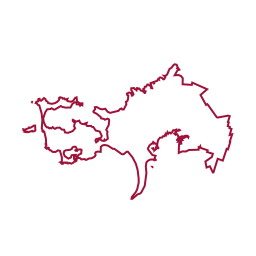 the district of Clarence, Tasmania, Australia, rotated 98°
{"feature_id": "25037944B57151940201314", "entity_name": "Clarence", "entity_type": "district", "adm_level": 2, "iso_a3": "AUS", "parent_name": "Australia", "parent_adm1": "Tasmania", "projection": "natural_earth1", "projection_center": [147.457, -42.874], "detail": "fine", "context": "isolated", "style": "outline", "palette": "rose", "viewbox_px": 256, "rotation_deg": 98, "n_neighbors": 0, "source": "geoboundaries", "source_scale": "gbopen_adm2", "svg_char_len": 5928}
<svg xmlns="http://www.w3.org/2000/svg" viewBox="0 0 256 256"><g transform="rotate(98 128 128)"><path d="M63.1,85.3L61.7,86.7L61.7,86.9L61.9,87.4L61.9,87.6L61.0,87.3L58.6,88.6L58.4,90.6L59.2,91.6L62.4,93.4L63.7,95.1L69.6,96.7L71.3,98.4L71.3,99.5L72.4,98.1L74.6,99.0L74.9,99.8L73.6,101.4L73.5,103.3L75.0,104.6L75.8,104.2L75.6,105.1L77.3,105.8L78.8,108.9L80.9,108.0L79.3,109.7L80.4,111.9L84.9,109.9L85.9,108.8L84.9,110.0L85.2,110.6L83.7,111.1L82.1,114.0L82.3,114.9L84.4,115.7L84.8,117.1L86.5,117.3L87.3,118.3L89.3,116.6L89.3,115.7L90.8,115.9L91.0,116.5L89.3,118.5L89.1,120.6L87.4,122.2L87.9,123.6L87.2,124.0L87.3,124.7L89.4,124.8L88.6,125.9L88.6,126.9L87.6,127.5L88.2,130.3L89.7,130.2L92.5,128.0L93.3,128.4L93.8,127.3L95.0,127.9L94.7,128.6L95.2,128.5L95.3,128.6L92.9,130.0L92.7,131.8L94.1,133.9L95.5,133.3L95.8,132.2L99.2,132.0L101.4,132.4L102.4,133.7L104.7,132.9L110.2,134.8L110.5,136.4L109.6,137.1L110.3,138.5L112.3,139.8L115.5,147.8L114.8,150.4L112.1,153.2L113.1,156.0L112.9,158.6L111.6,161.8L112.0,163.7L113.9,163.1L116.2,164.6L117.2,164.2L118.2,161.1L120.0,158.1L121.0,156.5L122.2,156.0L122.4,153.0L123.0,152.1L121.6,149.4L122.0,148.2L122.9,147.7L127.7,147.5L132.7,149.3L134.8,147.7L136.4,147.9L141.4,146.5L143.5,148.5L143.6,149.2L143.0,149.7L144.1,150.0L144.2,152.0L143.4,153.3L143.5,155.0L144.2,156.1L145.2,156.0L146.6,157.5L145.1,158.5L143.6,158.2L141.6,153.7L140.5,153.0L139.5,152.9L135.4,155.5L135.0,159.6L131.8,162.5L131.9,163.8L131.1,164.8L131.7,168.8L130.5,170.0L128.7,169.6L129.5,171.3L130.4,171.8L130.2,174.7L129.5,176.1L127.5,177.3L128.9,180.3L127.2,184.6L127.7,183.8L128.9,183.5L130.3,181.3L133.6,181.7L135.6,180.3L138.8,182.4L141.1,186.6L141.2,189.7L138.6,191.0L138.7,193.4L137.1,195.7L137.8,198.9L138.7,199.6L139.0,200.7L137.6,202.7L139.1,204.0L138.8,205.2L139.3,206.0L138.4,207.4L138.7,208.4L137.1,210.2L133.6,212.4L130.1,213.3L123.9,212.1L120.8,210.7L120.0,207.5L119.1,206.5L120.1,204.0L119.8,202.9L115.6,197.6L116.3,195.7L116.5,192.7L115.7,187.8L111.8,186.4L109.8,184.2L110.0,182.8L111.7,182.2L111.5,179.2L112.6,178.5L111.6,177.7L111.9,176.4L109.9,176.6L110.3,178.9L108.8,182.1L104.8,183.2L105.4,184.4L108.5,186.0L109.9,187.9L109.8,191.6L108.9,192.4L107.6,192.0L108.5,194.2L107.5,195.2L108.1,196.4L107.3,197.2L107.0,199.6L108.0,200.5L108.5,199.9L110.2,200.4L111.7,201.5L113.5,203.7L114.7,206.9L114.4,210.6L113.2,211.3L112.3,213.2L110.9,213.7L110.0,215.4L113.0,217.6L113.0,219.0L111.4,219.6L111.7,220.7L114.2,220.8L114.7,222.4L116.1,222.8L116.1,222.0L117.8,220.2L117.9,219.0L125.5,215.6L132.0,213.9L140.5,213.3L142.0,212.2L142.7,212.4L142.8,211.3L143.6,211.3L143.5,210.3L150.4,207.7L155.0,206.9L155.4,207.4L156.4,206.4L158.9,207.2L159.9,205.5L158.6,204.7L158.7,203.7L160.0,203.4L160.9,202.3L160.8,201.5L162.2,199.3L161.8,196.4L159.9,194.3L160.1,192.2L166.3,189.4L170.5,188.8L171.3,190.1L171.6,189.0L172.1,189.3L172.7,188.7L172.5,187.5L171.0,186.6L171.3,185.3L170.9,185.1L170.7,183.3L171.4,183.2L171.5,182.4L170.7,181.0L171.2,179.2L170.1,177.5L168.6,176.5L168.7,175.8L167.7,174.5L167.0,174.5L167.0,176.4L166.0,177.2L163.6,177.5L163.1,177.0L163.0,175.8L161.8,175.9L162.8,180.0L165.2,180.5L166.6,182.8L164.7,186.7L162.2,188.2L159.7,187.9L158.7,186.4L157.6,182.2L156.6,180.8L154.8,180.2L154.0,178.8L153.9,177.3L155.2,176.1L156.4,175.9L157.4,177.1L157.8,176.7L157.8,175.3L156.5,174.7L155.8,172.5L156.0,171.1L156.6,170.8L157.1,170.7L156.4,171.0L159.8,170.8L161.7,173.5L164.0,174.0L165.8,176.0L166.4,175.8L164.5,173.3L164.6,171.1L165.6,169.9L164.8,166.7L165.5,165.1L163.6,162.3L163.0,159.7L160.8,156.9L159.3,156.3L157.5,157.0L156.3,156.4L155.6,154.9L155.4,151.7L150.5,152.3L148.9,151.0L148.1,149.1L148.2,145.6L150.7,140.1L150.5,138.7L154.8,130.4L154.6,128.7L151.7,126.0L151.5,124.8L156.5,119.4L162.4,115.2L168.3,112.6L176.6,110.4L180.7,109.8L187.6,110.4L190.9,111.6L195.6,114.5L197.6,114.7L197.5,113.8L192.4,109.3L191.3,107.0L190.0,105.9L183.0,103.4L170.0,103.5L163.7,105.0L159.5,105.0L157.7,103.8L156.2,101.6L155.7,99.2L156.3,97.1L155.7,96.1L154.2,97.5L151.7,96.8L151.3,100.2L146.5,105.0L145.3,105.4L142.3,104.3L140.2,102.4L139.7,100.2L139.1,100.1L138.6,101.2L138.3,101.1L139.0,100.0L139.8,100.0L139.5,98.5L140.8,97.0L145.9,98.1L143.4,95.8L143.8,95.2L144.1,94.4L143.3,95.6L141.8,96.4L142.6,96.2L140.0,96.8L135.8,96.5L133.1,95.0L132.7,92.9L131.2,92.1L131.1,90.7L129.8,90.4L130.0,89.4L128.1,89.8L128.0,88.4L127.0,88.3L128.2,87.5L126.8,86.6L127.4,84.9L126.5,84.7L126.3,83.8L123.9,82.9L123.8,81.5L123.0,80.2L124.2,80.3L123.5,79.6L123.5,78.0L122.5,77.2L122.9,76.4L123.6,77.4L124.1,79.4L126.1,79.9L127.1,81.3L128.1,79.9L127.4,78.5L128.5,77.4L131.2,76.6L132.7,77.8L132.4,78.3L133.0,77.9L132.3,76.5L129.6,75.1L128.6,73.3L128.7,71.8L127.8,70.5L127.4,68.1L128.2,66.9L129.1,67.0L128.3,68.0L129.1,71.0L129.7,71.9L129.6,71.0L129.6,70.9L129.8,70.8L130.9,73.3L132.0,73.1L132.5,72.3L133.3,73.5L135.5,74.3L135.7,73.8L135.0,73.4L136.0,73.0L137.0,75.2L145.6,74.3L143.6,70.9L143.2,67.4L141.3,64.6L139.7,55.1L137.2,55.3L137.5,54.4L136.1,53.9L137.6,53.2L139.0,46.0L140.8,46.3L141.7,40.4L145.0,40.9L150.4,46.7L156.2,44.7L154.5,41.6L160.2,37.8L160.1,37.2L146.0,34.9L147.1,29.6L134.9,27.4L135.3,26.0L127.5,24.8L127.3,25.3L119.7,24.0L120.7,26.3L114.5,25.4L114.1,27.4L112.8,27.3L112.2,29.5L108.5,29.0L108.3,29.9L102.1,28.9L101.8,30.4L105.2,40.8L104.9,41.7L93.7,52.3L93.3,52.9L94.3,53.9L85.2,60.8L78.6,55.0L74.1,70.7L76.4,70.8L77.1,80.0L71.1,80.7L69.2,82.7L68.5,85.2L69.3,89.1L64.1,87.1L63.1,85.3ZM146.1,226.4L144.2,222.5L144.7,222.2L144.3,220.4L143.4,219.4L138.5,220.3L138.7,221.5L141.1,224.3L141.5,225.3L141.2,226.0L142.1,226.4L143.1,228.5L145.1,230.7L145.6,229.4L146.2,229.7L146.3,228.2L145.6,227.6L146.1,226.4ZM130.4,74.9L134.6,76.5L134.3,75.6L135.4,75.0L132.0,73.7L130.2,74.3L130.4,74.9ZM144.8,101.0L145.6,100.0L144.5,100.2L144.8,101.0ZM115.1,227.3L115.7,226.7L115.4,226.6L115.1,227.3ZM143.8,231.9L144.2,232.0L143.8,231.8L143.8,231.9ZM163.2,98.3L163.4,98.1L163.2,97.6L163.2,98.3Z" fill="none" stroke="#9f1239" stroke-width="2"/></g></svg>